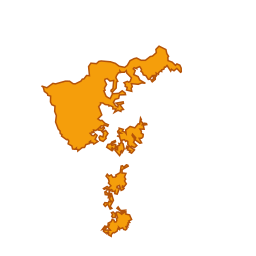 Ñürüm, Veraguas, Panama, rotated 326°
{"feature_id": "35544464B55183613769543", "entity_name": "Ñürüm", "entity_type": "district", "adm_level": 2, "iso_a3": "PAN", "parent_name": "Panama", "parent_adm1": "Veraguas", "projection": "orthographic", "projection_center": [-81.4, 8.371], "detail": "fine", "context": "isolated", "style": "filled", "palette": "amber", "viewbox_px": 256, "rotation_deg": 326, "n_neighbors": 0, "source": "geoboundaries", "source_scale": "gbopen_adm2", "svg_char_len": 5823}
<svg xmlns="http://www.w3.org/2000/svg" viewBox="0 0 256 256"><g transform="rotate(326 128 128)"><path d="M79.8,44.8L80.6,46.7L79.1,50.9L80.4,54.4L79.8,56.0L81.7,58.3L78.3,63.0L77.9,66.1L79.7,69.0L76.5,73.2L75.5,77.7L71.3,82.5L69.6,89.8L70.0,92.4L68.7,94.7L69.5,96.5L68.4,97.5L70.5,103.3L71.6,103.7L71.6,105.7L69.5,107.6L71.4,111.5L70.3,114.4L72.1,116.0L73.7,115.8L73.0,116.5L74.4,117.8L73.6,119.0L79.0,118.6L81.1,119.8L83.8,118.2L87.1,119.3L88.1,118.0L89.7,117.9L88.8,119.5L90.6,120.3L90.6,122.2L95.5,122.4L94.4,119.0L98.3,116.8L97.6,114.6L95.3,115.3L93.9,114.0L93.6,111.2L96.0,112.1L96.2,111.3L97.4,112.5L98.3,110.4L99.8,112.1L103.4,111.9L102.2,113.1L104.2,114.9L104.7,118.9L102.2,121.4L100.5,118.9L98.7,119.5L97.9,122.3L99.9,125.2L104.1,124.4L104.5,122.9L108.3,121.4L108.1,117.5L105.8,117.3L105.5,115.7L108.3,115.1L108.6,114.1L105.5,113.1L104.8,111.6L107.1,111.2L108.7,112.7L109.9,112.1L112.1,115.2L113.5,114.3L111.5,111.2L110.7,107.1L109.2,106.4L108.1,103.6L113.6,102.5L115.6,93.9L118.6,93.0L119.2,91.8L121.1,93.1L122.2,95.8L124.9,98.1L124.5,99.2L125.7,99.4L127.3,102.0L126.1,103.7L128.7,105.6L125.4,107.4L129.6,107.7L131.4,110.3L132.4,109.2L134.6,110.1L134.4,104.1L138.0,105.0L138.6,103.6L132.0,100.7L132.8,103.5L131.2,104.9L130.1,102.6L130.2,98.5L133.3,97.0L136.8,98.2L139.4,95.8L144.6,99.0L145.2,97.2L144.0,93.9L139.8,94.1L135.2,91.5L134.4,89.8L134.4,90.9L129.7,93.7L128.3,91.4L127.6,89.4L128.7,83.7L130.1,83.9L130.8,81.7L134.6,79.9L135.2,75.6L136.2,74.7L138.4,75.4L139.3,79.0L142.7,80.6L137.6,86.9L135.0,87.2L134.4,88.4L135.3,89.4L140.5,88.3L144.2,83.4L145.6,83.6L146.1,79.5L147.7,78.2L151.0,76.9L152.3,77.6L153.2,76.2L153.3,77.9L156.3,79.8L158.7,79.5L157.7,81.7L158.9,88.3L156.0,90.5L154.2,90.5L153.6,89.0L150.0,88.2L150.2,90.5L148.9,91.9L150.1,93.9L148.0,95.7L151.6,99.7L152.9,96.8L154.6,96.2L155.6,93.1L160.9,97.5L164.6,98.3L167.4,100.6L164.6,94.8L165.1,91.0L162.6,86.9L166.1,84.4L165.4,81.9L166.8,81.4L168.4,83.7L168.7,83.0L172.0,83.6L172.0,86.9L170.4,88.3L171.1,90.0L170.4,92.5L172.1,94.6L172.0,99.1L174.1,100.1L174.5,98.9L177.2,98.5L177.6,101.2L173.8,101.7L173.9,103.3L177.8,102.9L179.7,100.4L181.0,101.0L179.2,99.9L178.6,98.8L181.3,100.3L182.1,98.3L183.3,100.5L184.5,99.2L186.8,98.9L187.5,100.0L188.5,98.6L190.6,99.3L192.3,97.9L193.2,98.6L195.3,98.0L195.2,104.7L196.9,103.6L198.1,106.3L201.8,105.9L202.7,111.2L203.6,111.2L205.6,108.0L206.1,104.9L204.4,102.2L202.4,102.6L201.5,98.2L198.9,94.5L200.5,91.7L201.7,91.3L201.8,88.0L203.3,84.2L199.5,77.5L195.1,78.4L193.6,81.4L188.4,82.1L186.4,81.2L180.3,81.6L176.7,79.2L174.3,74.8L171.9,73.9L167.4,73.3L162.4,75.7L159.2,75.9L155.2,71.8L153.7,67.4L150.5,63.3L143.2,57.4L141.1,56.5L137.8,57.0L133.5,53.5L129.7,55.0L125.3,63.1L123.0,61.3L118.7,62.7L117.5,61.9L115.1,62.8L108.9,61.9L107.2,60.5L105.7,56.5L102.2,54.1L92.6,50.9L90.7,49.0L83.3,49.3L79.8,44.8ZM116.9,150.9L121.1,149.8L119.2,145.0L120.8,145.0L122.4,147.9L125.5,147.5L124.6,142.9L126.3,142.0L128.0,138.5L127.2,138.3L127.3,136.3L128.3,135.6L128.9,140.5L127.3,141.7L129.3,147.3L131.0,147.9L131.5,142.8L133.6,144.1L135.4,143.8L137.1,141.8L136.1,139.8L137.3,138.1L137.3,135.6L140.7,138.0L142.2,134.2L145.5,135.7L145.8,134.7L144.4,133.3L141.9,133.1L143.1,132.1L142.4,129.4L143.8,128.5L144.0,126.7L139.8,131.2L138.9,130.2L133.8,131.7L130.6,127.9L125.0,128.3L123.3,131.5L123.2,129.7L121.5,127.4L123.3,126.5L120.6,123.2L120.0,124.3L117.5,125.0L117.0,126.5L117.7,127.4L118.6,126.6L119.4,128.4L117.5,127.3L116.3,130.2L114.4,128.4L116.0,130.4L115.2,133.8L114.5,136.0L112.3,136.6L111.8,135.9L111.3,137.5L106.9,136.6L108.5,135.1L108.1,134.2L104.8,133.5L105.1,132.1L110.0,132.5L110.4,131.3L106.6,130.6L104.8,131.6L102.2,130.4L99.6,132.0L102.1,138.0L102.9,137.9L103.1,135.5L104.0,135.6L103.9,137.3L108.5,138.3L107.1,140.3L105.8,138.7L104.8,139.2L105.6,146.2L108.1,145.0L108.5,143.4L109.9,143.2L109.7,145.0L113.2,143.2L115.1,138.3L114.7,136.6L116.3,134.8L118.5,135.7L118.6,137.8L119.8,137.8L120.3,139.1L118.7,141.5L119.0,144.1L117.3,143.7L117.0,142.5L115.0,143.9L117.0,144.4L115.3,145.8L117.3,148.4L115.7,148.7L116.9,150.9ZM56.2,202.8L51.8,199.7L54.0,198.7L53.4,198.0L54.8,198.3L54.1,196.3L50.0,197.7L51.5,198.1L49.9,199.9L50.9,202.8L53.1,203.1L51.9,204.0L53.2,204.2L52.1,205.6L53.5,208.4L54.7,206.9L57.3,206.4L58.1,207.3L61.2,207.4L63.4,205.7L64.0,207.1L64.8,205.2L65.2,207.2L67.8,207.8L67.7,209.7L69.0,211.2L70.8,210.9L71.2,208.8L72.5,209.9L73.0,208.2L74.3,208.6L74.8,206.7L76.6,207.3L76.6,205.5L79.8,205.9L80.7,200.9L78.1,198.2L79.6,196.0L76.8,196.0L76.7,193.1L77.9,194.6L79.4,194.4L75.6,192.4L75.7,187.9L73.9,188.4L75.4,192.5L76.1,192.8L74.8,194.4L76.1,195.6L74.6,196.1L73.3,192.5L71.6,191.4L69.3,191.9L68.7,189.3L66.9,189.0L66.8,191.2L65.1,192.1L65.3,194.0L67.8,194.9L69.4,192.2L70.4,192.5L69.2,196.6L67.8,196.6L67.1,198.4L65.4,199.2L64.3,198.3L64.9,196.7L63.7,194.9L61.8,196.2L58.3,195.8L57.1,197.5L58.4,197.7L57.4,198.5L55.7,197.8L56.2,202.8ZM74.0,165.5L75.8,165.9L76.9,167.0L75.9,167.6L78.1,168.5L76.4,170.7L79.6,169.5L80.1,170.3L79.0,172.2L79.9,171.4L81.0,173.2L82.0,173.0L80.4,175.0L82.0,176.8L87.2,173.3L85.4,171.2L86.3,170.3L88.7,170.8L87.4,175.9L89.5,176.3L90.9,175.9L90.1,173.9L91.0,173.0L91.9,174.5L95.4,173.4L95.5,169.9L97.5,169.1L97.6,166.7L100.9,164.5L97.9,161.9L99.9,159.2L106.8,159.8L107.0,158.7L106.1,157.6L102.5,158.2L102.3,156.2L101.0,155.7L96.6,160.6L91.5,160.2L91.3,161.4L90.1,161.6L87.9,160.4L87.9,157.5L85.4,157.2L85.0,154.7L82.9,155.6L83.3,159.0L82.5,161.7L81.0,162.7L81.5,166.4L78.7,166.8L78.0,164.8L73.8,164.5L74.0,165.5ZM65.1,177.8L65.3,180.3L67.8,179.8L68.5,180.6L67.9,185.3L69.7,185.6L69.4,183.0L75.5,179.8L77.6,173.1L76.7,172.2L75.9,175.2L75.1,175.1L74.6,173.9L76.0,171.4L74.3,170.7L74.2,168.1L73.0,168.1L71.9,170.5L74.6,173.0L72.6,174.8L73.8,175.8L72.7,176.8L73.2,179.4L72.1,179.5L71.3,178.1L69.7,179.1L67.1,176.9L65.1,177.8Z" fill="#f59e0b" stroke="#b45309" stroke-width="1.5"/></g></svg>